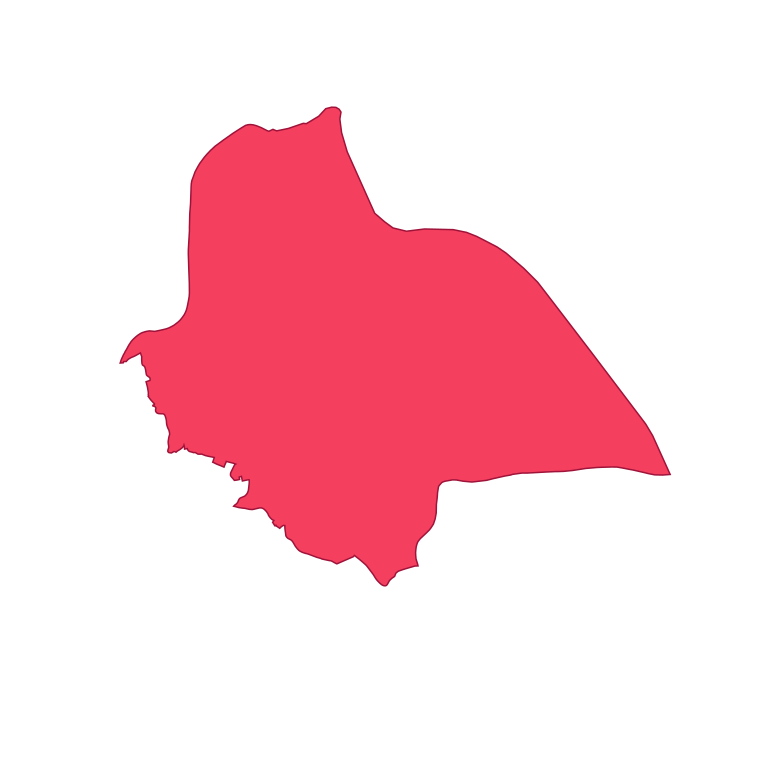 Tien Hai, Thái Bình, Vietnam, rotated 308°
{"feature_id": "81297802B12405297659236", "entity_name": "Tien Hai", "entity_type": "district", "adm_level": 2, "iso_a3": "VNM", "parent_name": "Vietnam", "parent_adm1": "Thái Bình", "projection": "orthographic", "projection_center": [106.496, 20.36], "detail": "fine", "context": "isolated", "style": "filled", "palette": "rose", "viewbox_px": 768, "rotation_deg": 308, "n_neighbors": 0, "source": "geoboundaries", "source_scale": "gbopen_adm2", "svg_char_len": 6135}
<svg xmlns="http://www.w3.org/2000/svg" viewBox="0 0 768 768"><g transform="rotate(308 384 384)"><path d="M488.9,665.2L508.7,627.5L513.6,614.8L535.9,530.8L549.8,477.4L558.8,442.5L561.2,422.9L562.3,399.6L561.6,388.7L557.4,366.3L554.3,355.7L548.3,343.6L531.1,320.5L518.2,307.6L512.5,295.0L512.2,284.6L512.8,271.6L544.3,212.1L555.9,195.9L565.6,186.1L571.8,182.7L572.9,179.5L572.4,175.8L569.9,172.3L565.1,168.6L554.8,167.7L541.3,162.5L539.7,159.9L526.5,151.3L517.3,143.5L516.3,139.7L512.3,137.7L511.7,135.9L510.4,129.3L509.0,124.5L507.8,121.6L506.3,119.1L504.7,117.3L502.6,115.7L498.2,114.0L488.8,110.7L477.2,107.2L467.5,104.5L461.3,103.5L456.1,103.0L452.0,102.8L444.4,103.0L440.0,103.6L434.8,104.5L429.7,106.2L425.9,107.4L423.4,108.7L420.5,110.7L414.2,115.3L406.9,120.6L398.6,126.1L387.3,134.5L384.9,136.4L369.7,146.9L366.4,149.4L355.6,158.4L343.6,168.5L336.2,174.4L333.2,176.5L328.9,178.8L323.1,181.7L320.1,182.9L317.8,183.5L315.8,183.9L311.5,184.1L308.4,184.0L305.2,183.4L301.0,182.3L298.2,181.1L295.7,179.9L293.5,178.5L291.2,176.7L288.6,174.6L284.4,171.0L283.6,169.8L282.3,167.8L281.4,166.4L280.3,165.4L279.1,164.3L278.2,163.6L275.7,161.9L274.2,161.1L270.6,159.9L268.4,159.4L266.7,159.1L265.5,158.9L263.6,158.7L261.8,158.6L259.9,158.8L258.0,158.9L254.9,159.4L252.7,159.8L250.4,160.0L248.9,160.4L246.6,160.7L243.3,161.5L241.0,162.1L238.1,163.2L240.2,165.5L241.5,165.1L243.0,167.0L245.7,167.2L247.6,167.8L249.8,168.8L251.1,169.6L253.3,170.7L258.5,172.9L256.3,176.4L255.9,176.6L255.1,177.2L253.7,178.3L251.5,180.3L251.1,180.7L250.3,181.9L250.4,183.5L250.3,184.4L250.1,185.0L249.7,185.7L249.1,186.5L248.2,187.6L245.4,190.6L245.1,191.0L244.9,191.3L244.7,192.5L244.8,194.7L244.7,195.4L244.6,195.9L244.2,196.4L243.4,197.0L242.8,197.4L239.3,195.1L236.4,198.9L235.2,200.3L233.1,202.6L231.8,203.9L231.2,204.3L230.7,204.6L230.4,204.9L230.1,205.1L229.9,205.6L229.7,205.8L229.4,205.9L229.1,205.8L228.3,208.4L227.8,210.4L227.1,214.7L227.0,215.3L226.8,215.5L226.6,215.6L226.3,215.7L226.1,215.7L225.4,215.1L225.0,215.0L224.8,215.1L224.6,215.2L224.4,215.5L224.8,216.2L225.0,216.7L225.0,217.2L225.1,217.8L225.0,218.3L224.9,218.7L224.4,219.2L223.1,219.8L222.3,220.5L221.9,220.9L221.6,221.5L221.6,221.8L221.4,222.7L221.4,223.1L221.5,223.6L222.0,224.8L222.7,225.8L223.2,226.6L224.0,227.5L224.6,228.6L224.7,229.0L224.7,229.3L224.5,230.4L224.1,231.2L222.6,233.4L221.9,234.2L221.1,235.1L219.3,236.7L218.4,237.6L217.2,239.2L216.2,240.8L215.7,241.8L215.4,242.5L214.9,243.3L214.1,244.3L213.3,245.2L212.7,245.8L212.1,246.2L211.5,246.4L210.6,246.8L209.4,247.3L206.9,248.7L205.8,249.3L205.5,249.6L204.5,250.4L203.6,251.3L203.1,251.9L202.6,252.4L202.1,252.9L201.2,253.5L200.7,253.7L199.1,254.3L198.2,254.8L197.9,255.0L197.8,255.3L197.6,255.6L197.5,256.1L197.5,256.7L197.9,257.4L198.6,258.7L198.9,259.0L199.1,259.1L201.1,259.9L201.5,260.1L201.7,260.4L201.8,260.6L202.0,261.1L202.1,261.7L202.2,262.1L203.0,262.2L204.0,262.5L204.9,262.8L206.6,263.5L207.4,263.7L208.3,264.0L209.1,264.2L210.6,264.3L211.8,264.4L212.1,264.3L212.6,264.1L211.8,265.2L209.9,266.9L212.0,268.7L211.4,269.6L211.1,270.5L211.0,271.6L211.2,272.7L211.8,273.9L212.3,275.2L212.6,276.1L213.8,277.5L214.2,280.6L215.5,282.3L216.6,283.6L216.8,284.6L217.6,287.2L218.8,289.9L220.5,293.2L221.6,295.5L216.9,297.2L217.1,297.8L217.8,301.3L219.2,306.1L220.0,309.1L222.2,308.4L224.7,307.8L225.9,307.4L227.2,310.4L228.8,314.0L229.5,316.3L229.3,316.2L228.4,316.1L227.5,316.2L225.9,316.5L220.3,317.7L219.3,318.0L218.5,318.5L217.8,319.0L217.3,319.6L216.9,320.8L216.2,324.4L215.9,325.4L217.8,327.3L219.9,329.0L221.5,327.2L223.4,328.5L220.4,332.1L224.6,335.7L225.5,336.6L224.6,337.5L222.9,338.8L220.0,340.6L216.7,342.6L215.9,342.9L214.6,343.3L212.7,343.6L211.5,343.5L210.5,343.4L209.6,343.1L208.7,342.6L207.2,341.8L206.6,341.4L205.9,341.1L205.2,340.8L204.3,340.7L202.8,340.9L201.4,341.4L200.8,341.5L199.6,341.6L198.2,341.4L197.0,341.0L195.9,340.8L195.1,340.8L195.7,342.0L197.2,345.6L199.1,348.9L200.4,351.0L201.7,353.7L202.3,355.0L203.1,356.2L203.8,357.3L204.5,358.0L209.6,362.1L210.2,362.8L210.7,363.4L211.1,364.3L211.3,364.9L211.4,365.4L211.5,366.2L211.5,366.9L211.4,367.8L211.2,369.3L211.0,370.3L210.6,371.4L210.3,372.5L209.7,373.3L209.4,373.9L209.2,374.5L208.9,375.4L208.5,377.0L208.3,378.5L208.3,379.3L208.4,380.2L208.7,381.2L206.4,381.4L205.9,383.0L205.3,384.5L205.1,385.5L206.2,385.8L205.8,386.8L205.9,387.8L206.1,390.7L207.5,390.8L208.7,391.1L210.1,391.5L210.7,391.9L211.4,393.0L210.5,393.7L208.6,395.4L204.5,399.6L204.1,400.0L203.7,400.7L203.5,401.3L203.3,402.2L203.2,403.4L203.6,405.5L203.8,406.3L203.8,407.1L203.8,407.6L203.7,408.1L203.5,409.1L202.9,410.7L201.5,414.2L201.1,415.9L200.8,417.0L200.5,419.1L200.5,420.3L200.8,422.1L201.0,423.1L201.3,424.0L202.4,427.0L202.7,427.3L203.8,430.5L206.0,437.6L207.6,441.5L207.7,442.3L208.0,443.1L210.8,448.9L211.2,449.7L211.8,450.6L212.0,451.1L212.3,452.1L212.7,454.9L213.2,457.5L213.6,457.8L219.0,460.7L229.1,466.2L230.7,466.2L230.7,468.7L230.7,471.8L230.6,475.0L230.3,480.3L230.1,482.1L228.1,489.7L227.2,493.0L225.9,496.4L225.3,498.3L224.9,500.2L224.5,503.3L224.4,505.4L224.5,506.3L224.6,506.9L224.8,507.6L225.1,508.4L225.5,508.9L225.9,509.4L226.4,509.7L226.8,509.9L227.3,510.0L228.1,510.0L229.5,509.8L230.9,509.6L232.0,509.4L232.8,509.4L233.7,509.5L235.0,509.7L236.1,509.9L238.1,510.6L239.2,510.8L239.7,510.6L240.6,510.3L242.1,509.9L242.7,509.9L244.0,510.2L244.9,510.4L245.7,510.8L249.0,512.9L251.2,514.4L258.9,519.9L259.8,520.7L261.6,522.8L262.7,521.5L265.9,516.9L268.7,514.3L270.6,512.7L272.7,511.3L275.4,509.7L277.9,508.6L279.4,508.1L280.7,507.8L284.4,507.8L292.2,509.0L296.8,509.6L299.6,509.6L304.0,509.2L309.1,507.4L314.6,504.5L321.4,499.4L327.2,495.9L331.5,493.0L336.8,490.1L338.5,490.0L341.8,490.2L342.9,490.6L344.9,491.9L350.7,497.1L352.9,500.1L356.0,506.0L360.8,513.5L363.0,515.8L371.3,524.2L376.5,528.2L385.9,535.9L390.3,539.9L391.9,540.9L398.7,547.5L402.1,551.8L408.9,559.6L413.3,564.6L420.7,573.2L422.1,575.0L425.7,579.3L432.1,586.0L441.7,595.0L449.4,603.3L452.8,607.3L458.6,614.3L461.9,618.6L464.3,623.0L468.0,630.3L469.4,632.9L474.6,644.0L476.1,647.4L479.1,653.3L483.8,659.6L488.9,665.2Z" fill="#f43f5e" stroke="#9f1239" stroke-width="1.5"/></g></svg>